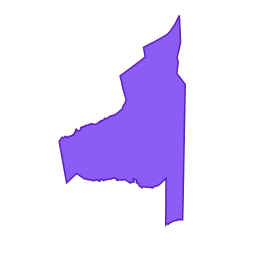 Caucete, San Juan, Argentina, rotated 260°
{"feature_id": "61730980B84345100673034", "entity_name": "Caucete", "entity_type": "district", "adm_level": 2, "iso_a3": "ARG", "parent_name": "Argentina", "parent_adm1": "San Juan", "projection": "orthographic", "projection_center": [-67.711, -31.425], "detail": "fine", "context": "isolated", "style": "filled", "palette": "violet", "viewbox_px": 256, "rotation_deg": 260, "n_neighbors": 0, "source": "geoboundaries", "source_scale": "gbopen_adm2", "svg_char_len": 5341}
<svg xmlns="http://www.w3.org/2000/svg" viewBox="0 0 256 256"><g transform="rotate(260 128 128)"><path d="M161.0,191.9L173.3,185.5L180.7,187.8L181.8,188.3L182.4,188.4L183.6,188.9L184.4,188.9L186.5,188.7L187.6,188.7L188.9,188.6L203.3,194.7L230.0,198.1L222.8,192.9L221.3,191.6L217.4,187.8L216.3,186.6L214.6,184.6L213.3,182.7L213.1,182.2L212.1,179.7L208.3,168.9L204.8,157.3L194.8,157.3L180.6,129.2L174.7,129.7L168.4,129.8L156.2,131.1L154.0,130.0L153.4,129.5L151.7,128.1L151.0,127.7L150.8,127.2L150.5,126.9L150.0,126.7L148.9,126.3L148.7,126.0L147.5,125.7L147.4,125.5L147.2,124.8L147.0,124.4L146.8,123.9L146.0,122.6L145.9,122.4L145.3,121.7L145.2,121.4L145.2,120.9L144.9,120.6L144.6,120.5L144.2,119.7L144.1,119.0L143.8,118.6L143.4,117.5L143.1,116.3L143.1,115.1L143.0,114.8L143.0,114.3L142.9,113.8L142.9,113.6L142.8,113.4L142.9,112.5L142.8,112.4L142.6,112.1L142.1,111.3L142.0,110.8L141.8,110.5L141.5,109.6L141.3,109.3L141.2,109.0L140.9,108.8L140.9,108.7L141.0,108.2L140.9,107.8L141.6,107.0L141.7,106.7L141.4,106.3L141.0,106.1L140.9,106.1L140.6,106.2L140.3,106.0L140.4,105.6L140.4,105.4L140.1,105.2L139.9,104.8L139.7,104.6L139.9,103.9L139.9,103.5L140.0,103.4L140.0,102.9L140.0,102.6L139.5,102.0L139.4,101.7L139.0,101.9L138.9,101.9L138.6,101.7L138.5,101.3L138.7,100.3L138.7,100.2L138.4,99.6L137.9,99.1L137.7,98.9L137.6,98.5L137.6,98.1L137.3,97.3L137.3,97.0L137.5,96.4L137.3,95.7L137.3,95.4L138.0,94.1L138.4,93.6L138.3,93.0L138.4,92.8L138.4,92.7L138.1,92.3L137.9,92.0L138.0,91.7L138.5,91.4L138.3,90.9L138.3,90.6L137.9,89.9L137.8,89.7L137.6,89.4L137.6,89.1L137.6,88.6L137.8,88.2L138.0,87.8L137.9,87.4L138.0,86.9L137.9,86.7L137.8,86.4L137.7,86.2L137.0,85.8L136.9,85.7L137.0,85.5L137.2,85.1L137.0,84.7L137.0,84.3L136.7,84.0L136.9,83.5L137.1,83.3L137.0,82.9L136.8,82.9L136.7,82.8L136.5,82.4L136.7,81.9L136.6,81.6L136.4,81.4L135.8,81.5L135.2,81.2L134.8,81.2L134.5,80.7L134.2,80.5L134.1,80.3L134.1,80.0L134.1,79.9L133.8,79.8L133.6,79.1L133.7,78.9L134.4,77.7L134.6,77.6L135.4,77.2L135.6,76.8L135.8,76.8L135.8,76.6L135.6,76.2L135.1,76.0L133.9,76.0L133.8,75.8L133.4,75.8L133.3,75.6L133.3,75.3L133.3,75.1L133.0,75.0L132.6,75.1L132.1,74.4L131.7,74.3L131.5,73.7L131.0,73.6L130.7,73.2L130.8,73.0L130.8,72.9L130.8,72.2L130.6,72.0L130.2,72.1L130.1,71.9L130.0,71.5L130.1,71.0L130.2,70.5L130.2,70.3L130.0,70.1L129.9,69.9L130.0,68.9L130.0,68.4L129.9,68.3L129.3,67.6L129.2,67.5L129.4,67.1L129.3,66.9L129.4,66.6L129.1,66.4L129.1,66.2L129.7,65.8L129.9,65.8L130.3,65.8L130.4,65.3L130.5,65.2L130.7,64.8L130.7,64.7L130.2,64.0L129.9,63.5L129.8,63.4L129.6,63.0L129.6,62.8L129.8,62.3L130.3,61.7L130.1,61.3L129.9,61.1L129.7,60.9L129.6,60.5L129.4,60.4L129.1,60.5L128.7,60.4L128.6,60.2L128.6,59.9L128.0,59.2L127.2,58.1L126.9,57.9L126.4,58.0L126.3,57.9L126.0,57.9L84.6,58.0L92.1,69.5L85.6,76.1L85.4,76.6L85.4,76.8L85.2,77.2L85.1,77.4L85.1,77.8L85.3,78.2L85.2,78.5L84.7,78.7L84.3,79.1L83.9,79.7L83.8,80.1L83.8,80.4L83.7,80.9L83.6,81.3L83.6,81.5L83.8,81.9L83.8,82.1L83.4,82.5L83.0,83.1L82.6,83.3L82.2,83.8L82.0,84.7L82.1,85.0L82.3,86.5L82.0,87.3L82.2,87.9L82.3,88.3L82.3,88.6L82.4,89.0L82.0,89.1L81.8,89.5L81.6,89.5L81.5,89.8L81.1,90.0L80.9,90.2L80.6,90.2L80.5,90.4L80.5,90.8L80.5,91.0L80.9,91.5L81.7,92.0L81.8,92.1L81.8,92.5L82.0,92.7L82.0,92.9L82.1,93.3L82.0,93.6L81.7,93.9L80.8,94.3L80.5,94.6L80.4,95.0L80.7,95.5L80.8,95.8L80.7,96.1L80.7,96.4L81.0,96.6L81.1,96.9L81.0,97.7L80.8,98.3L80.9,98.6L80.9,98.8L80.7,99.7L81.0,100.2L81.0,100.4L81.0,101.2L81.0,101.4L80.6,102.0L80.8,102.5L80.7,102.9L80.9,103.1L81.2,104.1L81.1,104.5L81.1,104.8L81.0,105.3L81.0,105.5L81.3,105.8L81.3,106.0L81.1,106.3L80.8,106.4L80.4,106.8L80.2,107.2L80.1,107.8L79.3,107.8L79.0,107.7L78.9,107.8L78.5,108.0L78.2,108.8L78.5,109.3L78.5,109.5L78.5,110.4L78.3,110.8L78.4,111.2L78.3,111.5L78.0,111.9L78.0,112.3L77.9,112.7L77.6,113.1L77.6,113.3L77.7,113.8L77.8,113.9L77.9,114.4L78.0,114.6L77.9,115.2L78.0,115.3L77.9,115.6L77.5,116.0L77.5,116.5L77.3,116.8L76.4,117.2L76.3,117.3L75.9,117.9L75.1,119.0L74.8,119.2L74.7,119.2L74.4,119.5L74.2,119.9L73.3,120.7L73.4,120.8L73.6,121.0L73.8,121.3L73.8,121.9L74.3,122.1L74.4,122.3L74.1,123.0L74.0,123.3L74.2,123.5L74.2,123.8L74.0,124.1L73.7,124.2L73.7,124.4L73.7,124.5L73.8,124.6L74.2,124.7L74.5,124.7L74.9,124.7L76.2,124.7L77.2,124.5L77.1,125.1L77.0,125.3L76.4,125.7L76.0,126.3L75.5,126.9L75.4,127.4L75.0,127.4L74.8,127.3L74.7,127.2L74.5,127.3L74.4,127.5L74.2,127.6L72.9,126.7L72.7,126.7L72.3,127.3L71.8,127.7L71.0,128.7L70.7,128.9L70.1,128.8L69.5,128.8L69.2,128.9L68.9,129.4L68.5,129.7L68.1,130.2L67.6,130.4L67.2,130.8L67.1,131.4L66.7,131.6L67.6,132.5L67.1,134.3L65.7,138.3L65.7,139.0L66.2,139.5L66.0,140.4L65.0,140.8L64.7,141.3L64.9,141.8L64.9,142.6L65.9,143.5L66.2,145.1L65.6,145.8L66.0,146.3L66.1,147.8L71.7,156.7L33.8,149.8L28.0,148.6L26.0,148.5L26.8,149.2L26.9,149.7L26.6,150.3L26.3,150.6L26.1,150.7L26.1,150.8L26.5,151.2L26.8,151.3L26.9,151.5L26.9,151.8L27.1,152.5L27.4,153.1L27.4,153.4L27.6,153.9L27.8,154.4L28.1,155.1L28.5,155.8L28.5,156.2L28.4,156.6L28.5,157.1L28.6,157.4L28.5,158.0L28.6,158.9L28.4,159.8L29.0,160.5L29.3,160.7L29.4,161.0L29.0,161.1L28.9,161.2L28.7,161.3L28.7,161.6L28.9,161.6L29.0,162.0L29.3,162.2L29.4,162.5L29.2,162.9L28.9,163.2L28.5,163.4L28.4,163.6L28.5,163.7L28.7,163.9L28.8,164.0L28.7,164.2L28.8,164.5L28.7,164.8L28.5,165.2L28.1,165.5L28.2,165.9L33.8,167.0L45.9,169.4L161.0,191.9Z" fill="#8b5cf6" stroke="#5b21b6" stroke-width="1.5"/></g></svg>